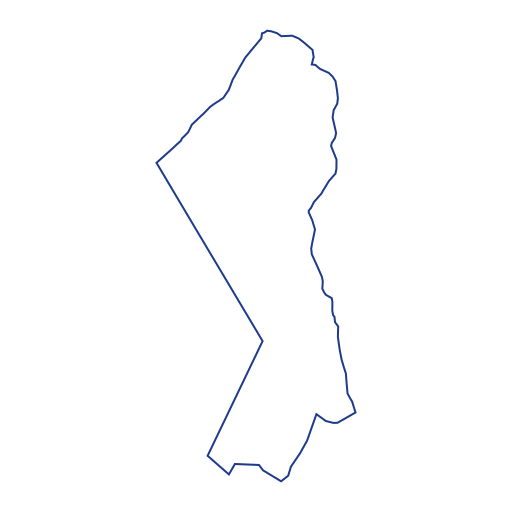 outline of Ed Damazine, Blue Nile, Sudan
{"feature_id": "16777658B29603922889850", "entity_name": "Ed Damazine", "entity_type": "district", "adm_level": 2, "iso_a3": "SDN", "parent_name": "Sudan", "parent_adm1": "Blue Nile", "projection": "albers", "projection_center": [34.253, 12.058], "detail": "fine", "context": "isolated", "style": "outline", "palette": "blue", "viewbox_px": 512, "rotation_deg": 0, "n_neighbors": 0, "source": "geoboundaries", "source_scale": "gbopen_adm2", "svg_char_len": 1636}
<svg xmlns="http://www.w3.org/2000/svg" viewBox="0 0 512 512"><path d="M184.5,136.0L184.4,136.1L182.8,137.6L182.6,137.8L182.3,138.1L182.1,138.3L181.9,138.6L181.6,139.3L180.9,140.6L180.8,140.8L180.7,141.0L176.9,144.3L173.5,147.6L156.5,162.8L167.7,181.7L194.3,226.5L262.6,341.1L207.6,455.8L228.9,474.4L234.9,464.0L259.0,465.0L263.0,470.3L281.1,481.3L288.2,475.7L290.9,466.7L300.1,453.2L307.1,440.6L316.4,414.2L325.8,421.0L333.3,422.9L337.5,422.8L355.5,412.5L352.1,401.5L350.0,398.1L347.5,393.4L347.1,388.5L346.6,383.2L345.9,373.6L343.7,366.7L341.6,359.6L339.7,349.8L337.9,337.0L338.2,326.5L335.0,322.1L334.5,316.9L333.1,315.1L332.3,310.8L332.4,301.8L331.7,298.1L326.1,295.0L324.5,293.0L322.3,288.7L322.8,281.6L322.0,277.1L317.9,267.7L317.1,265.9L311.8,254.3L311.2,248.6L312.2,243.0L315.0,229.5L312.2,220.1L308.7,212.4L308.8,210.6L311.0,207.9L313.9,202.1L321.6,193.3L322.8,191.0L329.0,180.9L335.5,173.6L336.4,168.8L336.5,159.6L331.1,146.1L331.7,143.0L335.0,138.0L336.1,133.1L335.3,129.3L332.6,117.5L333.7,110.1L337.2,103.8L337.9,98.4L337.0,90.3L335.5,81.1L332.6,76.6L328.8,72.9L320.0,68.9L318.2,67.4L315.3,64.9L311.8,64.5L313.1,58.8L313.7,57.3L312.5,49.9L303.8,42.4L298.6,38.4L298.9,38.2L298.6,38.4L292.1,35.7L285.5,36.0L281.3,36.2L276.9,33.1L271.2,31.3L267.2,30.7L264.3,32.6L263.7,32.8L262.0,33.3L261.3,38.3L254.2,46.8L252.7,48.6L252.2,49.2L246.4,56.2L245.0,58.0L239.2,68.1L237.9,70.4L234.8,76.0L232.7,79.5L230.0,86.8L228.8,89.8L223.4,97.8L223.2,98.0L213.9,104.1L211.7,105.7L209.9,107.1L203.5,113.7L201.3,115.7L197.7,119.1L191.8,124.7L189.2,130.2L188.3,132.0L188.2,132.2L184.5,136.0Z" fill="none" stroke="#1e3a8a" stroke-width="2"/></svg>